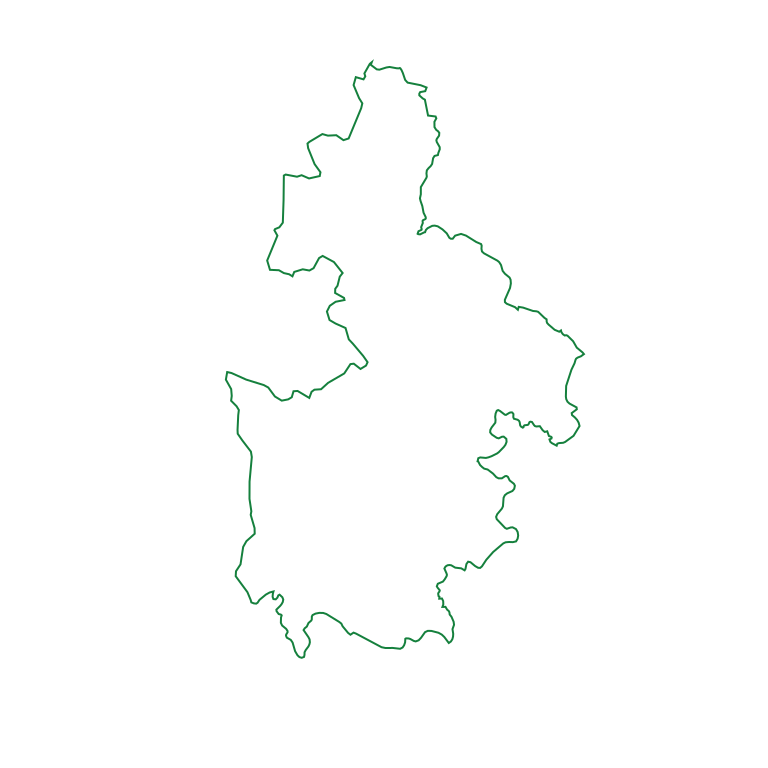 SVG path tracing the border of Sikasso, rotated 302°
{"feature_id": "MLI-2794", "entity_name": "Sikasso", "entity_type": "Region", "adm_level": 1, "iso_a3": "MLI", "parent_name": "Mali", "parent_adm1": "", "projection": "robinson", "projection_center": [-6.512, 11.478], "detail": "fine", "context": "isolated", "style": "outline", "palette": "green", "viewbox_px": 768, "rotation_deg": 302, "n_neighbors": 0, "source": "natural_earth", "source_scale": "10m", "svg_char_len": 6166}
<svg xmlns="http://www.w3.org/2000/svg" viewBox="0 0 768 768"><g transform="rotate(302 384 384)"><path d="M650.4,203.1L649.0,203.4L648.2,203.1L647.7,203.5L647.0,211.1L648.1,213.5L653.7,218.3L655.8,220.7L658.5,227.5L659.6,229.4L660.3,229.9L660.4,230.5L659.5,232.5L657.7,235.2L653.1,240.8L652.1,244.3L656.8,256.7L658.0,263.0L654.2,263.8L650.7,260.0L648.9,260.1L647.5,261.0L646.7,265.5L646.8,268.0L635.0,279.1L638.2,286.0L637.0,287.6L633.1,287.8L628.6,290.7L627.2,293.6L627.0,295.9L626.3,297.8L623.8,299.1L619.9,298.9L618.5,299.2L617.2,300.5L614.4,305.7L612.6,306.9L608.9,307.6L606.7,308.4L604.2,306.0L601.5,306.0L596.1,308.2L593.4,308.1L590.7,307.4L587.9,307.1L585.1,308.4L582.7,310.3L581.4,310.7L570.5,310.9L564.4,314.7L560.5,316.1L558.6,318.0L555.2,322.2L550.2,326.8L547.7,330.8L546.8,331.6L545.8,331.7L543.6,330.3L542.7,330.3L541.1,331.6L536.7,332.4L535.3,333.9L534.6,334.1L531.8,332.3L529.2,332.9L529.2,333.6L530.0,335.3L534.0,337.8L534.5,338.4L536.8,337.9L539.2,338.4L543.7,341.1L545.2,343.1L546.2,346.0L546.1,351.7L545.0,357.4L542.6,362.0L542.6,363.7L543.6,365.3L547.5,365.7L552.1,369.8L553.3,374.9L553.3,387.0L554.1,392.2L553.1,393.5L550.3,395.0L548.3,396.9L547.8,399.5L548.7,414.8L548.4,417.1L546.9,420.2L542.8,424.7L541.6,428.1L540.8,434.1L539.5,436.1L536.5,438.3L532.2,440.0L519.4,441.9L517.5,443.2L517.1,445.5L518.6,454.4L517.9,458.2L520.8,457.4L522.5,461.5L524.9,471.7L526.4,474.7L526.9,476.5L525.1,485.0L525.0,487.6L523.1,488.9L522.2,490.0L521.6,492.1L520.4,500.0L521.2,504.9L523.2,505.7L521.9,507.1L521.0,509.4L520.9,511.6L521.9,512.6L522.2,514.0L520.5,521.7L517.0,528.2L516.0,535.6L515.3,537.7L511.8,536.3L509.0,534.2L507.3,533.5L506.1,533.6L502.5,534.6L495.4,535.4L478.9,539.5L469.7,544.9L467.7,546.6L466.2,549.0L465.7,551.7L466.2,559.7L464.7,560.9L458.8,558.6L457.3,559.9L456.8,563.6L455.9,566.7L454.4,569.5L452.0,572.1L440.5,572.2L430.8,568.3L429.1,567.1L426.6,563.7L425.2,562.6L423.2,563.1L422.8,557.7L423.1,555.7L424.7,553.7L426.5,554.9L427.6,554.5L427.8,553.7L427.3,551.4L430.4,547.5L428.5,545.7L428.9,543.0L430.8,538.5L428.7,535.7L428.3,534.3L428.6,533.1L430.2,529.6L429.6,528.1L428.8,527.6L426.3,527.9L425.5,527.6L423.4,525.0L422.2,524.8L421.2,525.2L420.5,524.8L420.5,522.6L421.1,521.4L423.5,519.3L424.3,518.1L424.5,516.3L423.4,512.6L424.4,511.2L427.1,509.7L427.8,507.9L427.3,506.8L426.2,505.7L422.4,503.8L422.0,502.7L422.6,496.7L422.4,494.6L421.1,493.8L418.1,494.3L415.0,495.7L412.7,497.6L410.2,498.9L404.2,498.3L401.4,498.5L399.2,499.7L398.3,502.3L398.1,508.1L398.7,510.1L401.8,512.0L402.8,513.4L402.3,516.8L399.9,518.6L396.8,519.2L394.1,519.0L387.1,517.5L385.0,516.7L379.8,513.5L377.2,511.5L375.3,509.6L372.7,504.5L371.0,503.3L368.1,504.3L368.3,504.8L366.2,508.4L365.6,511.1L365.3,513.8L366.4,517.2L365.8,523.9L364.5,528.6L364.7,531.1L366.4,533.9L370.1,535.6L370.9,536.7L370.9,538.3L368.8,541.7L368.2,547.1L367.1,548.9L364.1,550.0L361.3,549.6L356.5,546.4L353.7,545.4L350.9,545.7L343.3,549.7L340.8,550.0L333.6,549.0L330.7,549.5L329.1,551.3L326.1,563.0L326.3,564.9L329.4,567.4L330.6,569.0L330.9,572.8L329.3,575.8L326.6,578.1L323.6,579.3L320.5,579.4L318.2,577.1L316.3,573.8L314.2,571.0L312.0,569.6L299.4,565.6L289.2,563.9L281.2,563.7L279.0,563.0L278.0,561.2L277.9,557.7L278.7,551.8L277.9,549.5L275.0,549.3L270.3,551.1L268.7,551.1L268.6,547.2L266.0,541.7L265.9,537.1L265.2,535.5L264.1,534.1L262.8,533.3L261.4,532.9L259.5,533.0L256.5,537.4L255.5,538.5L254.3,538.9L250.7,539.0L247.7,538.7L243.1,535.5L240.4,536.0L239.7,537.3L238.6,540.6L237.4,541.0L235.9,540.8L234.8,541.1L233.0,542.7L233.0,543.7L231.2,544.6L232.8,546.8L231.3,549.2L228.5,551.1L225.9,551.7L227.6,554.2L226.1,557.1L225.8,559.2L225.1,560.4L223.3,561.9L222.4,564.5L219.3,569.0L216.9,571.0L212.4,572.0L208.8,575.1L206.4,576.4L203.8,577.2L201.1,577.2L198.7,576.2L201.4,569.2L202.1,565.8L201.9,562.0L199.7,555.0L197.8,551.9L195.3,550.3L188.4,549.9L185.0,549.2L182.5,547.3L181.9,545.4L181.7,541.5L181.3,539.8L180.0,537.5L179.2,537.1L176.1,538.8L173.1,539.5L170.4,539.4L168.0,538.0L164.8,531.3L160.9,525.2L159.5,521.4L157.5,492.5L157.0,489.9L153.6,488.4L153.9,485.4L156.6,477.3L158.2,474.8L158.5,472.1L158.4,457.0L157.6,453.7L155.6,450.4L153.0,447.6L150.2,445.9L148.6,446.0L146.1,447.5L144.9,447.7L141.3,446.6L137.4,447.1L134.8,446.2L132.7,446.2L129.3,454.0L128.0,456.2L125.7,458.0L123.7,458.7L121.4,459.0L116.9,458.6L114.4,458.8L112.2,460.1L110.2,460.8L108.2,459.3L107.6,457.0L108.1,454.4L110.3,450.2L116.3,443.5L117.6,440.5L117.4,436.0L118.6,434.3L119.7,433.8L122.3,433.8L123.4,433.1L124.5,430.8L125.2,425.6L126.8,423.1L131.4,420.4L133.6,419.8L133.8,418.7L133.1,416.6L134.4,413.3L135.6,412.3L140.6,413.5L142.8,413.8L145.4,413.7L147.8,412.8L149.3,410.8L150.0,407.1L148.7,406.4L146.3,406.8L144.0,406.3L143.0,404.2L144.5,402.3L147.2,400.9L149.5,400.2L146.6,397.5L142.8,395.4L135.0,392.8L131.5,392.7L130.0,392.0L129.0,389.9L128.5,387.2L130.2,385.4L135.1,378.5L142.4,360.1L146.8,357.7L155.0,357.9L171.2,350.9L177.8,350.6L188.5,353.7L193.2,350.6L202.4,340.3L205.7,339.0L215.3,330.8L230.0,321.7L252.0,310.6L256.1,307.0L261.1,293.7L264.3,286.3L267.5,284.1L280.3,276.9L285.0,274.7L287.0,270.8L288.8,263.2L293.2,261.2L298.7,257.1L303.9,247.6L311.0,244.7L312.5,248.9L314.7,264.8L319.4,282.6L319.7,287.7L315.6,298.1L315.7,306.1L320.2,310.9L323.9,312.8L329.9,311.1L332.3,314.4L332.6,328.0L339.0,326.7L342.3,328.0L346.2,333.4L355.4,336.0L371.9,344.7L383.1,345.0L385.2,347.6L384.3,356.1L390.1,359.0L393.8,358.5L396.8,351.4L401.6,336.5L403.2,330.5L411.1,321.7L409.6,310.8L409.4,303.9L415.2,297.2L421.6,296.6L428.1,299.4L434.3,306.0L435.8,304.5L435.3,294.3L438.9,292.2L442.7,292.5L451.6,289.6L456.2,290.1L460.9,276.9L460.1,264.1L456.4,262.2L444.9,262.9L440.7,260.6L438.2,254.3L431.5,248.5L426.8,249.3L426.8,245.4L425.0,240.3L424.8,234.6L420.4,226.8L426.8,219.5L453.3,215.0L456.3,209.6L457.6,209.5L461.4,212.2L467.2,212.7L486.7,201.4L507.7,188.6L509.5,189.6L513.7,200.4L517.4,203.5L518.6,211.5L526.3,219.3L529.9,217.9L533.7,208.6L543.8,194.7L547.4,191.7L549.8,192.4L563.3,199.3L564.9,204.8L569.7,211.7L569.3,220.4L573.5,223.9L605.8,218.5L610.5,216.9L613.2,211.4L621.4,199.8L629.3,197.5L631.5,205.2L635.0,205.1L637.0,202.8L648.0,202.3L650.4,203.1Z" fill="none" stroke="#15803d" stroke-width="2"/></g></svg>